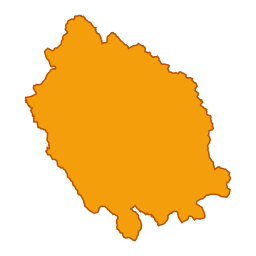 Muong Te, Lai Chau, Vietnam
{"feature_id": "81297802B94651516294700", "entity_name": "Muong Te", "entity_type": "district", "adm_level": 2, "iso_a3": "VNM", "parent_name": "Vietnam", "parent_adm1": "Lai Chau", "projection": "natural_earth1", "projection_center": [102.647, 22.474], "detail": "fine", "context": "isolated", "style": "filled", "palette": "amber", "viewbox_px": 256, "rotation_deg": 0, "n_neighbors": 0, "source": "geoboundaries", "source_scale": "gbopen_adm2", "svg_char_len": 5731}
<svg xmlns="http://www.w3.org/2000/svg" viewBox="0 0 256 256"><path d="M158.7,225.8L159.9,224.9L162.2,224.6L164.6,223.3L167.6,219.6L168.1,217.6L168.0,215.9L168.4,215.1L169.3,214.5L169.5,213.9L171.3,213.3L171.4,212.6L172.0,212.9L172.9,211.8L174.6,211.3L176.6,211.5L177.9,212.5L177.9,214.7L178.5,216.9L179.1,218.3L182.0,222.7L183.0,221.8L187.5,219.7L188.4,218.3L188.5,216.6L189.0,216.2L190.7,216.2L192.0,216.7L194.5,219.9L195.5,218.9L197.0,218.5L199.9,219.1L203.7,218.0L204.4,217.7L204.8,216.9L204.9,215.1L204.1,213.2L203.8,211.6L202.7,209.7L202.2,207.6L196.4,203.9L196.7,201.8L197.2,201.2L200.0,199.3L202.7,198.8L205.5,196.3L206.0,195.4L207.3,195.4L210.4,194.3L216.6,194.4L219.3,195.3L220.8,196.5L226.9,197.2L229.0,194.2L230.1,189.7L227.4,188.1L226.5,183.9L227.4,182.2L228.2,182.2L228.7,181.7L230.4,178.8L230.4,177.8L228.9,175.2L229.6,172.7L225.6,169.3L220.1,167.9L219.5,166.9L218.1,166.9L214.9,169.4L213.4,164.6L213.4,162.4L211.7,160.8L210.7,158.9L209.5,157.8L208.5,151.7L207.9,150.5L208.1,148.1L207.6,145.8L208.1,144.5L209.2,143.1L210.3,139.7L209.0,136.1L208.1,135.4L208.8,134.2L208.8,131.9L209.4,130.6L211.0,129.9L212.2,129.9L213.3,128.4L212.4,125.4L212.7,124.1L211.2,122.0L211.2,120.3L210.7,119.6L210.7,117.9L211.0,117.2L210.4,115.6L208.9,115.4L206.9,114.5L206.6,113.5L206.9,111.7L206.1,110.2L206.7,109.3L204.7,108.4L203.9,108.4L203.5,107.3L202.1,106.6L200.5,105.0L200.8,104.1L202.7,102.3L202.7,101.9L202.1,101.2L201.5,101.1L201.9,100.8L201.6,100.0L201.0,100.2L200.8,99.7L200.3,99.5L199.8,99.8L199.0,98.6L197.0,96.8L197.0,96.2L198.0,95.4L198.4,93.3L194.9,90.6L195.2,90.1L195.3,88.1L196.2,87.8L197.1,86.2L196.1,83.4L195.2,82.8L194.5,83.0L194.0,82.7L193.8,81.9L192.0,80.1L192.5,78.7L190.1,77.7L188.3,78.0L186.6,77.6L185.8,76.5L186.1,75.1L185.8,74.7L183.1,73.1L182.5,73.2L180.7,71.9L179.4,72.0L178.1,73.7L175.8,72.6L173.2,73.3L170.8,72.1L169.3,72.1L168.5,70.0L167.6,68.8L168.3,67.4L168.8,67.0L168.7,66.6L169.2,65.7L168.3,65.0L165.8,64.6L165.0,64.1L162.0,64.2L160.8,62.9L159.7,60.9L158.7,60.2L159.1,58.7L157.6,56.4L157.2,56.8L154.3,56.6L153.3,57.4L152.4,56.9L151.9,56.1L150.6,55.2L150.4,53.6L149.8,52.3L149.0,52.3L147.9,53.0L147.1,52.2L145.2,51.8L145.1,47.9L144.5,47.0L143.3,46.5L143.0,45.7L141.9,45.9L138.6,43.5L138.2,43.5L138.0,44.4L136.8,45.2L133.1,45.8L132.1,46.6L129.9,47.5L128.6,48.6L128.2,47.3L127.2,45.7L126.0,44.8L124.9,44.7L123.2,42.6L120.8,40.9L117.8,36.9L116.3,36.2L116.1,35.3L115.1,33.9L114.1,33.9L113.4,32.7L111.7,32.7L111.1,33.1L109.7,34.9L107.4,36.7L107.1,38.4L107.0,40.4L107.3,40.8L106.8,42.3L105.1,42.8L102.8,42.9L101.9,43.6L101.6,42.2L101.9,40.9L100.9,39.6L100.9,37.8L100.6,37.6L100.5,36.4L98.8,33.8L97.1,33.5L97.1,32.8L96.3,32.3L96.3,31.6L95.6,30.6L95.8,30.0L95.4,29.8L95.8,29.3L95.4,28.8L95.9,27.8L94.2,27.5L91.3,24.1L91.3,23.5L89.5,22.0L88.4,22.0L87.2,20.5L86.2,20.1L85.5,19.0L84.9,18.8L84.9,18.1L83.3,16.3L82.0,16.7L80.9,15.6L80.2,15.8L79.7,15.4L77.8,15.8L77.4,16.2L75.1,16.1L74.6,16.9L74.8,18.4L74.4,19.0L73.8,19.5L73.5,19.1L71.9,19.0L68.3,20.7L67.4,22.5L67.5,23.4L66.0,24.3L65.7,26.3L66.1,26.9L66.2,27.9L65.3,29.2L66.0,30.4L67.0,31.2L67.4,33.1L66.5,33.3L64.9,34.9L64.5,34.8L63.5,35.6L62.4,38.0L62.9,38.8L62.8,39.3L61.9,40.3L61.3,41.9L61.4,42.9L60.9,44.6L58.6,46.4L57.3,48.0L55.8,47.9L54.5,48.7L53.8,50.2L52.3,50.8L47.9,48.3L45.4,50.4L44.6,51.7L46.1,57.0L47.0,58.7L48.9,60.6L50.8,66.5L52.0,66.8L52.3,66.3L53.9,65.9L55.0,66.4L55.7,67.8L55.7,68.3L55.0,68.9L52.8,68.9L51.0,69.7L49.5,72.0L47.0,74.6L45.6,78.5L41.1,84.2L38.3,84.8L36.4,84.4L35.3,85.6L33.8,85.5L33.3,88.1L34.1,89.3L34.4,90.5L36.0,92.0L36.1,94.0L30.8,96.6L25.7,97.4L25.9,98.2L25.6,98.4L26.1,99.3L25.6,100.1L26.2,100.4L25.8,100.8L26.4,101.2L26.0,102.3L26.9,102.4L27.5,103.7L28.1,104.2L28.0,104.9L28.6,106.0L29.6,105.9L29.6,106.6L31.2,108.2L32.3,107.9L31.7,109.3L30.8,110.2L31.2,110.5L31.0,110.9L31.2,111.9L31.9,112.6L32.6,114.3L32.5,115.4L33.3,115.5L32.9,116.3L34.1,116.4L33.6,117.4L33.6,118.5L34.0,118.9L33.7,120.1L34.0,121.1L33.7,121.8L37.0,122.0L37.5,122.5L37.4,124.1L38.2,127.6L39.7,127.6L40.8,128.8L42.8,128.9L43.9,129.8L45.4,129.8L46.1,131.7L47.6,132.9L47.1,140.5L49.0,143.1L48.8,145.0L49.4,148.4L48.7,148.4L47.3,147.4L47.2,148.6L47.6,149.5L46.7,150.6L45.9,151.0L46.4,152.4L47.0,152.8L47.3,154.0L48.1,154.9L49.3,154.6L49.9,154.9L51.2,156.5L51.7,158.1L52.6,159.4L55.1,159.5L56.8,161.0L57.3,162.2L57.3,163.9L58.0,166.1L59.8,166.9L60.9,167.9L62.5,167.7L63.8,169.2L65.0,169.9L65.9,171.4L66.1,172.5L67.4,173.7L67.4,176.9L69.5,178.4L71.3,181.2L72.6,182.0L72.9,184.8L75.1,187.2L76.0,189.3L77.0,189.9L77.9,191.2L77.6,192.7L77.8,193.5L78.9,194.7L79.4,194.2L79.7,194.4L81.1,196.1L83.2,199.7L83.7,200.8L83.6,202.0L84.5,203.7L84.9,206.2L86.6,207.5L88.2,209.4L91.1,211.6L91.9,211.6L92.4,212.4L94.3,213.1L97.6,212.3L98.8,210.1L99.0,208.6L100.4,206.4L105.1,206.3L106.2,207.8L107.1,208.3L107.6,209.3L109.5,210.6L109.8,211.6L111.7,212.7L113.0,214.4L114.3,214.0L116.1,215.4L117.5,215.9L117.8,218.5L116.5,220.3L116.9,222.2L116.5,223.2L117.1,223.9L117.3,225.2L116.8,227.2L117.2,229.2L118.6,229.7L120.4,233.0L122.2,233.0L122.7,233.4L122.9,235.5L123.7,237.1L125.5,238.0L128.5,237.5L129.7,237.7L131.9,239.0L132.9,240.1L135.0,240.6L136.5,238.5L137.0,236.4L138.2,235.0L138.7,231.3L141.0,229.0L141.6,225.1L140.3,220.8L138.3,217.5L138.4,215.2L136.7,213.6L135.9,212.2L133.3,211.4L132.5,210.0L130.6,209.1L130.7,208.6L132.4,207.9L135.2,205.7L136.5,207.2L136.6,207.8L138.8,209.9L140.2,210.7L139.8,211.4L140.9,211.9L141.5,211.4L142.9,211.9L143.1,212.6L144.2,212.9L145.5,214.5L146.9,213.4L147.2,214.3L147.9,213.9L149.0,214.7L151.4,214.6L151.3,215.8L151.9,215.6L152.0,216.6L152.8,216.2L153.3,216.5L153.2,217.3L154.5,218.1L154.8,219.9L155.6,220.1L155.8,221.3L157.2,222.1L157.4,222.9L157.9,223.3L157.8,224.8L158.7,225.8Z" fill="#f59e0b" stroke="#b45309" stroke-width="1.5"/></svg>